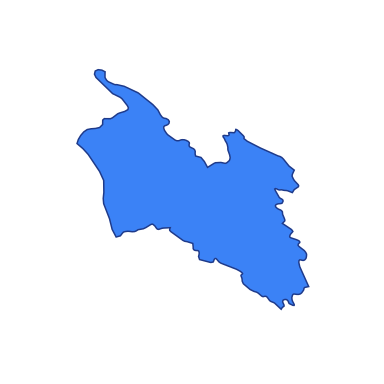 the County of Utenos, rotated 217°
{"feature_id": "LTU-1074", "entity_name": "Utenos", "entity_type": "County", "adm_level": 1, "iso_a3": "LTU", "parent_name": "Lithuania", "parent_adm1": "", "projection": "robinson", "projection_center": [25.525, 55.493], "detail": "fine", "context": "isolated", "style": "filled", "palette": "blue", "viewbox_px": 384, "rotation_deg": 217, "n_neighbors": 0, "source": "natural_earth", "source_scale": "10m", "svg_char_len": 4044}
<svg xmlns="http://www.w3.org/2000/svg" viewBox="0 0 384 384"><g transform="rotate(217 192 192)"><path d="M313.0,161.5L314.4,165.6L314.9,170.3L314.6,174.9L313.3,178.8L310.6,181.8L307.3,184.7L304.6,187.9L304.0,192.1L306.6,195.7L306.2,197.8L301.3,201.4L300.2,203.3L298.4,209.8L297.4,211.5L294.2,215.9L292.8,219.2L293.5,221.0L295.7,222.1L303.9,224.3L306.3,224.4L314.6,222.8L337.6,225.7L340.8,227.4L342.1,230.4L340.6,233.2L337.3,235.1L333.7,235.7L333.3,235.0L330.4,231.1L329.1,230.5L327.2,229.8L325.2,229.7L318.9,231.1L317.6,231.7L316.7,232.5L309.8,235.6L294.4,238.8L275.7,238.2L268.7,237.0L263.8,234.7L261.2,233.9L259.5,233.9L258.2,234.4L256.9,235.1L254.4,235.4L252.6,234.7L251.7,233.0L251.9,231.3L252.8,229.6L253.7,228.4L253.8,227.1L252.9,225.9L251.1,224.7L247.4,223.4L245.5,223.1L236.8,223.3L236.4,223.4L235.5,223.6L234.7,224.0L233.8,224.7L233.2,225.3L232.3,226.8L231.8,227.4L231.0,228.1L229.7,229.0L227.9,229.7L225.5,230.1L223.9,229.8L223.3,229.2L223.0,228.4L222.6,227.7L221.7,226.9L220.7,226.7L216.7,227.5L215.1,227.2L213.9,226.4L212.5,224.4L210.8,222.9L205.6,225.0L200.5,223.8L194.4,221.0L191.7,228.0L190.9,229.5L186.7,233.0L182.8,234.8L182.0,235.8L181.6,237.0L181.1,239.7L181.6,241.2L182.2,242.4L184.3,244.3L188.5,247.1L189.4,248.1L190.1,249.1L192.4,251.1L193.9,252.0L196.4,253.0L197.5,253.7L198.8,254.3L200.2,254.7L201.0,255.4L200.5,256.5L197.2,258.5L196.7,259.5L197.0,260.3L197.8,260.8L198.3,261.3L197.9,262.0L196.8,262.9L194.0,264.7L193.8,266.1L194.1,267.3L194.7,268.3L194.0,268.7L192.2,268.8L184.7,267.8L183.4,267.3L183.1,266.6L182.6,265.9L178.3,265.8L163.9,268.3L145.0,272.6L143.2,273.3L141.1,273.6L138.8,273.3L130.1,271.1L123.5,271.0L122.6,267.0L122.3,266.1L121.5,264.8L119.1,263.5L117.1,262.7L111.5,261.7L110.5,261.1L110.2,260.1L110.9,258.1L111.8,255.4L111.5,251.9L116.2,250.6L117.5,250.0L119.5,248.7L121.9,247.6L123.4,246.2L124.7,245.7L126.4,245.4L127.5,244.9L127.7,244.1L125.8,243.1L119.1,240.2L117.5,240.1L116.1,240.4L114.7,240.3L113.8,239.6L113.3,237.5L113.9,236.4L116.1,234.4L116.8,233.4L117.3,232.3L117.2,231.3L116.3,230.5L114.1,230.2L112.3,230.4L110.6,230.9L109.3,231.0L107.9,230.6L106.2,228.7L102.4,226.5L101.1,225.6L100.5,224.8L100.9,221.3L90.3,221.9L89.0,221.7L87.7,221.2L87.7,220.4L87.8,219.1L87.9,217.8L87.7,216.3L87.1,215.1L86.5,214.8L85.5,214.9L79.9,216.8L77.3,217.4L76.0,217.1L75.5,216.5L75.7,215.4L75.8,214.3L75.1,213.2L73.7,212.9L67.0,212.8L64.8,212.2L63.1,211.3L62.3,210.2L61.6,209.0L61.1,207.9L61.0,206.9L61.1,205.7L61.6,204.7L62.4,204.0L64.5,203.1L65.2,202.5L65.2,201.5L64.3,200.0L61.0,197.2L41.9,186.7L44.6,183.5L44.6,182.4L44.2,181.7L43.9,181.1L43.8,180.4L43.7,177.5L44.1,175.9L45.2,174.4L46.7,173.3L49.2,171.9L49.7,171.0L49.6,169.9L48.7,167.7L47.3,166.2L45.7,165.1L43.9,164.3L42.6,163.6L42.2,162.9L43.2,162.2L47.2,161.4L48.2,161.8L49.1,162.5L50.7,163.0L52.2,162.8L53.4,161.8L54.1,160.6L54.0,159.8L53.4,158.7L50.5,157.1L49.8,156.3L50.1,155.0L50.4,154.2L50.2,152.0L59.3,153.0L60.8,152.7L62.9,152.1L64.6,152.0L68.5,153.2L69.8,153.3L70.9,152.7L71.5,152.1L71.9,151.5L72.6,151.0L73.8,150.8L78.2,151.1L80.1,150.9L82.7,149.9L86.9,149.1L95.5,149.6L96.1,149.8L98.1,150.9L98.5,151.3L99.6,152.6L100.4,153.3L102.5,154.6L102.8,155.3L102.4,156.8L102.6,157.4L103.9,157.7L105.9,157.7L109.9,157.1L125.8,152.6L126.9,152.5L128.4,152.4L131.4,153.1L132.7,153.3L133.5,152.8L133.7,151.6L132.9,149.0L133.9,147.7L134.8,146.9L145.3,142.6L148.0,144.5L148.5,145.8L149.5,147.6L150.5,148.5L151.3,148.9L152.1,148.7L153.7,147.6L154.7,147.1L156.1,147.0L157.3,147.8L157.8,148.6L160.4,151.4L166.0,149.4L168.1,148.3L170.0,147.9L184.9,147.6L186.6,147.9L187.1,148.3L187.4,148.9L187.6,149.4L187.9,150.4L193.0,146.1L194.1,145.0L196.1,142.1L197.3,141.5L198.4,141.6L201.1,142.5L203.6,142.7L204.5,142.4L205.3,141.3L207.4,135.9L208.7,133.4L212.4,129.4L213.1,127.4L214.0,125.9L215.8,124.3L218.6,122.7L220.0,121.7L221.7,120.0L222.6,118.8L222.8,117.1L222.8,113.9L225.5,110.4L233.3,114.1L241.8,121.0L255.5,129.5L259.0,133.4L262.2,138.7L269.5,148.1L278.2,152.8L297.4,159.5L305.2,161.0L313.0,161.5Z" fill="#3b82f6" stroke="#1e3a8a" stroke-width="1.5"/></g></svg>